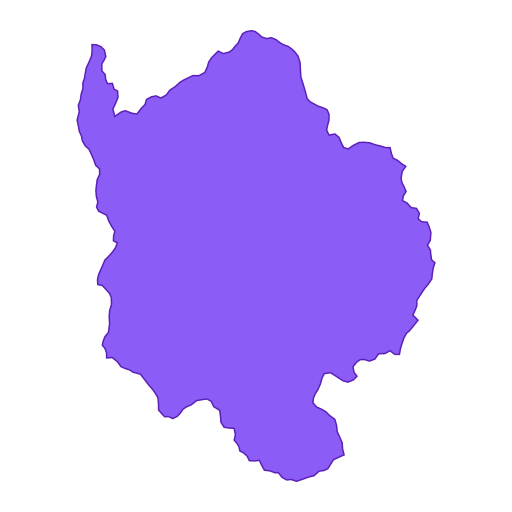 Cláudio, Minas Gerais, Brazil (Natural Earth projection)
{"feature_id": "56859067B78094435650232", "entity_name": "Cláudio", "entity_type": "district", "adm_level": 2, "iso_a3": "BRA", "parent_name": "Brazil", "parent_adm1": "Minas Gerais", "projection": "natural_earth1", "projection_center": [-44.782, -20.402], "detail": "fine", "context": "isolated", "style": "filled", "palette": "violet", "viewbox_px": 512, "rotation_deg": 0, "n_neighbors": 0, "source": "geoboundaries", "source_scale": "gbopen_adm2", "svg_char_len": 3650}
<svg xmlns="http://www.w3.org/2000/svg" viewBox="0 0 512 512"><path d="M249.4,460.7L255.5,460.9L259.4,460.3L261.5,464.9L264.4,470.2L270.1,470.9L274.8,472.7L278.4,472.7L282.0,477.3L286.6,479.9L291.3,479.5L296.5,481.3L303.8,478.8L308.7,477.0L313.9,475.8L319.2,471.1L324.2,470.5L327.9,468.6L330.3,464.7L333.4,459.8L339.6,456.8L344.1,454.9L342.6,449.1L342.2,442.9L339.8,437.3L337.3,432.0L336.5,425.1L334.8,419.3L329.7,415.6L325.8,411.7L321.5,409.2L316.7,407.1L312.9,402.7L313.5,397.9L315.2,393.9L317.8,389.8L320.3,384.2L322.1,377.8L324.3,373.6L330.6,372.7L335.2,375.7L339.2,378.3L343.1,380.8L348.0,382.1L353.4,379.9L357.0,376.2L354.0,372.4L353.0,366.7L356.6,362.2L360.1,359.7L364.4,359.5L369.4,361.1L374.8,359.1L378.6,353.8L385.1,353.5L389.9,350.7L394.9,354.4L399.4,354.4L400.4,348.9L401.8,344.1L403.8,338.2L406.5,333.3L409.4,330.8L412.1,327.6L414.8,324.2L418.0,320.2L412.9,315.1L415.2,310.0L416.8,305.9L416.8,300.4L419.2,296.7L422.2,292.1L425.0,288.0L428.1,284.4L431.8,278.9L432.4,273.1L433.2,268.1L434.9,262.7L431.6,259.9L430.8,254.4L430.4,250.0L427.5,245.2L430.3,240.2L430.9,232.4L429.1,226.8L427.2,222.2L421.7,221.8L418.2,218.8L419.4,213.4L416.5,208.4L411.2,207.6L406.9,202.9L402.6,200.7L403.2,196.1L406.1,191.5L403.9,186.4L402.0,182.8L401.1,178.3L402.2,171.4L405.8,166.3L402.6,164.5L397.5,160.3L393.1,158.2L391.3,153.2L390.1,147.6L385.4,147.6L380.9,146.1L375.7,144.9L369.7,142.8L363.9,142.3L359.0,142.5L353.1,145.5L348.3,148.9L343.7,147.6L341.5,143.3L339.1,137.5L335.0,134.0L329.0,135.1L326.6,130.0L327.6,125.2L329.0,120.3L329.0,114.1L327.0,109.7L322.9,107.7L318.4,106.3L313.2,103.5L309.9,101.7L307.0,98.3L305.5,92.2L303.4,85.0L300.9,77.1L300.4,69.3L300.1,62.6L297.9,55.9L294.5,51.5L291.6,48.9L288.2,46.4L283.7,44.8L279.9,42.7L276.1,39.7L271.4,37.7L266.6,38.6L261.6,36.9L258.6,34.1L255.3,31.6L251.8,30.7L246.4,31.6L242.6,33.7L240.2,38.3L238.2,43.0L235.0,46.4L232.5,49.6L229.4,52.0L223.4,53.6L218.2,51.1L215.1,54.2L211.4,58.0L208.7,62.1L207.3,67.0L204.8,72.5L198.9,75.7L192.9,75.6L187.7,78.1L184.3,79.7L180.1,82.2L175.0,86.8L169.9,90.1L166.2,95.1L160.8,98.0L156.1,95.9L151.4,96.8L146.5,99.5L145.0,104.6L141.3,108.3L136.8,114.1L131.8,113.2L125.3,110.7L121.5,111.8L118.4,113.9L114.8,116.4L112.9,109.0L115.5,103.5L118.0,97.4L117.6,91.0L114.2,89.3L112.3,83.4L107.5,83.7L105.6,79.2L105.2,74.6L101.9,70.9L101.8,63.9L104.0,60.3L105.8,56.6L104.4,50.1L100.9,46.7L96.6,44.8L92.0,44.6L92.1,51.1L91.5,56.1L89.2,61.7L86.3,67.9L85.1,74.4L84.4,78.7L82.9,82.7L82.9,88.7L81.2,94.0L80.4,99.8L78.3,105.4L79.3,111.6L77.1,120.1L78.5,126.6L79.3,131.4L81.4,135.8L82.4,140.9L85.2,145.8L89.0,149.2L91.2,153.9L93.9,160.1L95.6,165.2L99.5,168.9L99.7,174.2L97.2,179.7L96.4,185.5L95.9,190.8L96.4,196.7L97.8,201.9L96.6,207.2L98.6,211.2L102.3,213.0L106.7,215.3L108.9,221.3L111.7,226.4L114.9,231.3L113.6,235.8L113.4,240.8L117.3,242.8L115.4,247.9L112.1,252.5L108.7,256.3L105.0,259.9L101.5,268.0L98.6,274.5L97.5,279.8L97.8,284.6L102.3,285.5L106.1,289.5L109.6,293.5L111.3,297.6L111.5,304.5L109.6,310.7L109.2,316.8L109.6,323.5L108.5,332.3L104.9,336.7L103.3,340.8L102.3,345.1L105.0,348.6L106.6,352.8L106.6,357.9L112.3,357.6L117.3,361.6L120.8,366.5L125.1,368.5L129.6,369.9L133.0,372.2L136.6,373.1L140.5,374.3L144.3,379.2L148.5,384.7L152.2,388.9L155.3,393.2L157.9,397.6L158.5,403.9L158.6,410.1L162.1,414.1L164.8,416.8L168.4,416.5L172.8,418.6L177.5,416.2L180.6,412.7L183.2,409.0L186.5,406.9L191.3,404.8L196.6,400.6L203.5,399.4L207.1,399.0L211.2,401.3L213.7,406.6L219.7,410.4L220.6,417.1L220.9,422.1L224.1,427.3L229.0,428.0L234.1,428.4L235.4,434.6L234.2,440.2L236.8,443.2L238.9,446.6L239.9,451.0L243.6,452.9L247.1,456.1L249.4,460.7Z" fill="#8b5cf6" stroke="#5b21b6" stroke-width="1.5"/></svg>